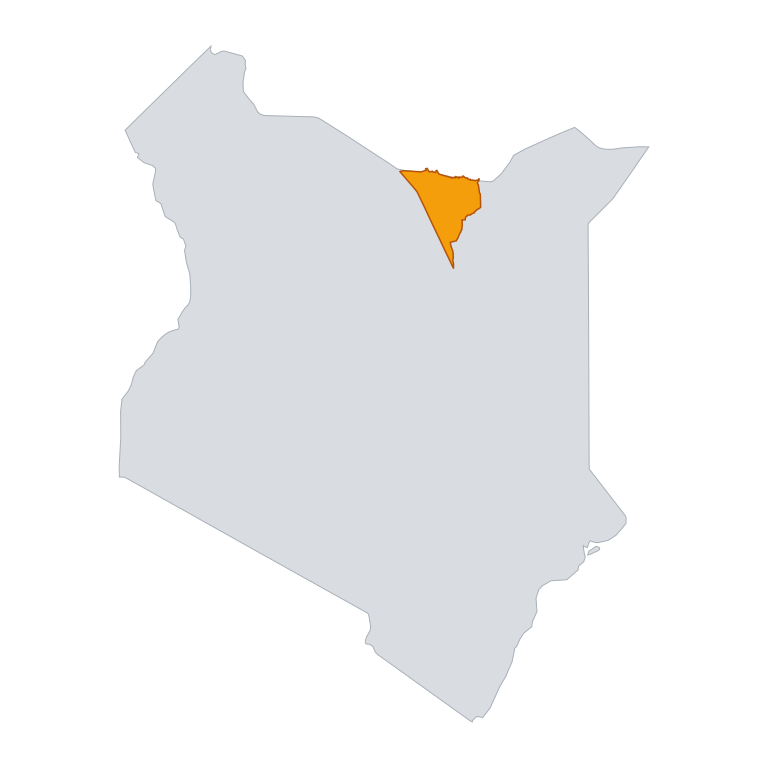 Moyale, Eastern, Kenya shown in context
{"feature_id": "3690345B29556459221230", "entity_name": "Moyale", "entity_type": "district", "adm_level": 2, "iso_a3": "KEN", "parent_name": "Kenya", "parent_adm1": "Eastern", "projection": "orthographic", "projection_center": [39.031, 2.902], "detail": "fine", "context": "in_parent", "style": "filled", "palette": "amber", "viewbox_px": 768, "rotation_deg": 0, "n_neighbors": 0, "source": "geoboundaries", "source_scale": "gbopen_adm2", "svg_char_len": 7820}
<svg xmlns="http://www.w3.org/2000/svg" viewBox="0 0 768 768"><path d="M119.4,477.1L119.2,465.8L120.8,437.1L120.6,411.8L122.0,399.1L128.2,391.1L131.1,385.3L133.2,377.2L136.4,370.5L143.8,365.2L145.2,362.2L153.0,353.2L157.7,341.6L161.3,337.7L165.7,334.0L168.8,332.1L174.0,330.2L178.0,329.2L178.7,328.2L179.1,326.4L177.8,319.2L179.5,316.8L182.2,312.0L185.4,307.5L188.2,304.7L189.8,301.8L190.6,296.7L190.7,293.1L190.7,287.3L189.8,273.9L186.5,262.8L184.5,250.3L186.0,246.2L183.4,238.9L182.1,238.5L180.0,236.8L177.3,229.9L175.3,223.6L174.0,222.1L165.2,216.5L160.8,203.5L155.9,200.6L153.3,187.7L152.8,184.0L155.6,171.2L155.4,168.2L152.4,165.5L144.1,162.7L137.4,157.4L138.3,155.5L138.8,153.6L135.2,152.3L125.1,130.2L138.4,117.1L151.9,103.8L169.2,86.9L185.0,71.4L198.7,58.0L211.0,46.1L210.6,48.4L210.7,51.4L212.2,53.3L214.7,54.6L218.2,53.2L221.2,51.4L224.2,51.0L242.4,56.0L245.4,60.4L245.2,65.1L246.0,68.5L244.6,71.9L243.0,82.2L243.4,91.6L248.8,98.6L253.7,104.2L257.6,111.9L260.4,114.3L264.4,115.5L277.0,115.9L295.6,116.4L313.5,116.9L315.1,117.1L318.9,118.2L335.4,128.6L350.5,138.2L363.2,146.5L375.6,154.6L387.7,162.4L397.1,168.9L406.3,170.9L421.3,171.9L431.7,172.2L441.3,174.9L455.5,177.5L466.2,178.8L472.6,180.3L490.5,181.8L493.4,180.9L501.3,173.7L510.1,161.9L513.5,155.5L524.9,149.1L544.9,140.1L559.0,133.8L574.7,127.4L581.8,132.9L591.6,141.7L596.0,146.0L599.6,148.0L604.9,149.2L611.4,149.3L615.0,149.0L622.2,147.9L639.1,146.8L648.8,146.9L640.7,158.6L631.0,172.7L613.0,198.5L599.4,212.2L589.0,222.5L588.1,224.3L588.1,235.8L588.3,263.8L588.6,319.8L588.8,375.8L589.0,431.7L589.1,459.7L589.2,469.1L598.3,480.8L607.1,492.2L618.9,507.4L625.2,515.5L626.2,518.2L625.9,523.7L616.2,535.1L608.3,540.3L597.6,542.7L594.4,542.3L590.2,540.7L588.6,543.4L587.3,547.6L585.0,546.7L583.2,545.5L584.2,553.0L585.3,556.8L583.7,561.8L578.5,566.2L578.1,569.9L566.8,579.7L550.9,580.8L542.6,585.6L538.8,589.6L536.0,598.2L537.0,611.4L532.5,621.6L531.7,626.7L523.5,633.4L519.8,639.4L517.1,645.6L514.8,648.3L512.0,662.1L508.2,670.5L507.1,673.3L506.2,675.8L503.2,680.7L501.3,684.1L499.9,686.3L490.2,707.8L482.7,717.5L476.7,716.4L472.8,720.2L472.4,721.9L470.3,720.9L465.3,717.4L455.2,710.1L445.0,702.8L434.8,695.5L424.6,688.2L414.4,680.9L404.3,673.6L394.1,666.3L383.9,659.0L377.9,654.7L375.3,652.2L373.2,647.2L372.2,645.9L369.5,644.3L366.3,644.0L365.3,643.0L365.4,640.6L366.5,637.1L370.2,630.4L370.6,626.4L369.9,622.0L368.7,614.8L367.7,613.2L360.9,609.4L346.8,601.5L332.6,593.6L318.4,585.7L304.3,577.8L290.1,569.9L276.0,562.0L261.8,554.1L247.7,546.2L233.5,538.2L219.4,530.3L205.2,522.4L191.1,514.4L176.9,506.5L162.8,498.6L148.7,490.6L134.5,482.7L129.2,479.7L124.4,477.2L119.4,477.1ZM590.1,554.4L587.7,555.0L588.9,551.2L596.2,546.3L599.2,547.4L599.7,548.5L599.6,549.5L598.3,550.5L590.1,554.4Z" fill="#d9dde1" stroke="#a8b0b8" stroke-width="1"/><path d="M453.1,255.6L453.1,255.4L453.1,255.1L453.1,254.9L453.2,254.7L453.3,254.5L453.3,254.1L453.3,253.8L453.3,253.7L453.2,253.6L453.1,253.4L453.0,253.2L453.0,252.5L453.0,252.3L453.0,252.1L452.9,251.7L452.9,251.4L452.9,251.2L452.7,250.8L452.6,250.7L452.4,250.3L452.4,250.1L452.0,249.4L451.9,249.2L451.9,248.7L451.7,248.1L451.5,247.7L451.4,247.3L451.3,247.2L451.2,246.7L451.1,246.2L451.0,245.9L450.9,245.4L450.8,245.1L450.7,245.1L450.7,244.9L450.6,244.5L450.6,244.4L450.6,244.2L450.5,243.6L450.5,242.9L450.4,242.7L450.2,242.4L451.6,242.0L453.1,241.6L453.6,241.5L454.7,241.2L455.4,241.0L455.8,240.9L456.3,240.8L456.4,240.5L457.2,239.1L457.4,238.8L457.6,238.5L457.9,238.0L458.2,237.3L458.4,236.9L459.4,234.4L459.5,234.1L459.8,233.5L460.0,233.0L460.1,232.6L460.3,232.4L460.7,232.1L460.8,232.0L460.8,231.9L460.9,231.7L461.0,231.1L461.0,230.9L461.1,230.6L461.2,230.4L461.3,230.2L461.6,229.8L461.8,229.7L461.8,229.3L462.1,226.9L462.1,226.5L462.3,225.0L462.3,224.8L462.1,220.3L462.1,219.9L462.9,219.9L463.5,219.9L464.0,219.9L464.4,219.9L464.7,219.8L464.8,219.8L465.2,219.8L465.2,219.2L465.3,218.7L465.4,218.1L465.5,217.8L465.6,217.5L465.7,217.3L465.8,217.1L465.9,216.7L466.0,216.5L466.2,216.4L466.3,216.4L466.5,216.3L466.8,216.2L467.0,216.1L467.3,215.5L467.4,215.4L467.5,215.2L467.8,215.1L468.0,215.1L468.8,215.1L469.9,215.0L470.5,215.0L470.7,214.7L470.9,214.5L471.0,214.3L471.1,214.2L471.6,214.0L471.8,213.8L472.0,213.6L472.3,213.5L472.5,213.5L473.1,213.2L473.4,213.1L473.6,213.1L473.9,213.1L474.0,213.1L474.2,212.9L474.3,212.8L474.3,212.4L474.5,212.1L474.7,211.9L475.4,211.2L475.9,210.7L476.3,210.3L476.6,210.0L476.9,209.6L478.3,209.0L478.5,208.9L478.8,208.7L479.0,208.6L479.3,208.4L479.7,208.1L480.0,207.9L480.4,207.5L480.6,207.4L480.6,206.3L480.6,205.5L480.6,204.4L480.6,203.0L480.5,201.5L480.5,200.5L480.4,198.4L480.4,195.6L480.3,195.4L480.3,194.7L480.2,193.9L480.1,193.7L480.0,193.4L479.9,193.3L479.6,193.0L479.5,192.9L479.4,192.9L479.4,192.5L479.4,192.0L479.3,191.8L479.3,191.4L479.3,191.2L479.1,189.9L479.0,189.3L478.7,186.9L478.6,186.6L478.6,186.3L478.4,185.1L478.4,184.9L478.3,184.7L478.2,184.5L478.0,184.3L477.9,184.3L477.6,183.7L477.6,183.3L477.5,183.1L477.5,182.8L477.5,182.7L477.7,182.1L477.8,181.8L477.9,181.7L478.2,181.3L478.3,181.1L478.5,181.0L478.7,180.8L478.8,180.6L478.9,180.4L478.9,180.2L479.0,180.0L479.1,179.9L479.1,179.7L479.2,179.4L479.2,179.1L478.8,178.9L478.6,179.2L478.4,179.6L478.2,179.7L477.8,180.3L477.5,180.4L477.4,180.4L477.0,180.2L476.8,180.2L476.4,180.2L476.1,180.3L475.5,180.6L475.3,180.7L475.2,180.7L474.9,180.6L474.7,180.5L474.5,180.4L474.3,180.5L473.9,180.4L473.6,180.3L473.2,180.3L472.9,180.2L472.5,180.1L472.2,180.1L471.4,180.2L470.8,180.2L470.6,180.3L470.4,180.2L470.2,179.7L470.2,179.4L469.6,179.5L469.4,179.5L469.1,179.4L468.5,179.1L468.1,178.9L467.8,178.7L467.7,178.8L467.6,178.7L467.6,178.4L467.6,178.1L467.4,178.1L467.1,178.1L466.9,178.1L466.7,178.0L466.3,178.1L466.0,177.9L465.4,177.7L464.7,177.4L464.5,177.2L464.2,176.9L464.0,176.7L463.7,176.5L463.7,176.3L463.6,176.2L463.4,176.1L463.2,176.1L462.9,176.1L462.9,176.3L462.9,176.7L462.6,176.7L462.5,176.8L462.4,176.9L462.1,176.9L461.8,177.0L461.7,177.1L461.4,177.3L461.2,177.4L460.7,177.2L460.0,177.0L459.8,177.2L459.1,177.2L459.1,178.0L458.9,178.1L458.7,178.0L458.5,177.7L458.2,177.8L457.9,177.2L457.6,177.4L457.2,177.2L457.0,177.3L456.6,177.2L456.4,177.1L456.3,176.9L456.1,176.7L455.7,176.8L455.5,176.6L455.3,176.7L454.9,177.1L454.9,177.3L455.0,177.7L452.9,177.8L451.4,177.9L450.5,177.5L449.0,177.0L447.7,176.6L447.1,176.4L447.0,176.5L444.5,175.7L439.2,174.1L438.8,173.9L438.6,173.5L438.6,173.3L437.3,171.4L437.0,170.7L436.9,170.5L436.5,170.4L436.0,170.7L436.2,171.5L435.7,172.0L435.5,172.5L435.1,172.3L433.7,172.0L432.8,171.8L432.5,171.9L432.3,171.7L432.2,171.4L432.1,171.2L431.9,171.3L431.7,171.4L431.6,171.5L429.9,171.6L429.8,171.8L429.6,171.6L429.3,171.4L429.1,171.5L428.8,171.2L428.5,171.2L428.4,171.0L428.3,170.5L427.9,169.7L427.8,169.3L427.3,168.9L427.1,168.4L425.9,168.6L425.6,168.9L425.8,169.1L426.0,169.3L426.0,169.5L425.9,169.7L425.9,170.0L426.0,170.2L425.5,170.5L424.8,170.6L423.2,171.2L421.0,171.9L418.6,171.7L416.7,171.6L412.6,171.3L408.6,171.0L406.9,170.9L405.3,170.8L404.0,170.7L403.5,170.7L402.9,170.8L401.4,171.2L401.1,171.3L400.9,171.2L400.3,171.3L399.9,171.6L413.5,187.4L416.9,191.6L417.3,192.3L417.7,193.1L422.3,202.7L424.4,207.0L424.8,207.8L426.4,211.3L426.8,212.1L427.6,214.0L433.9,227.3L440.2,240.4L445.6,251.9L446.7,254.1L447.2,255.2L448.3,257.4L448.7,258.4L449.6,260.1L450.0,261.0L450.4,261.8L452.4,266.1L453.0,267.3L453.4,268.1L453.7,268.7L453.6,268.4L453.6,268.1L453.5,267.9L453.5,267.7L453.5,267.4L453.5,267.1L453.5,266.2L453.5,265.9L453.5,265.5L453.5,265.0L453.5,264.7L453.5,264.3L453.5,264.1L453.5,263.6L453.4,263.4L453.4,263.1L453.3,262.5L453.2,261.9L452.9,261.2L452.9,260.4L452.8,260.0L452.7,259.8L452.7,259.6L452.9,259.3L453.0,258.9L453.0,258.7L453.2,258.1L453.3,257.9L453.4,257.7L453.2,256.5L453.2,256.1L453.1,255.8L453.1,255.6Z" fill="#f59e0b" stroke="#b45309" stroke-width="1.5"/></svg>